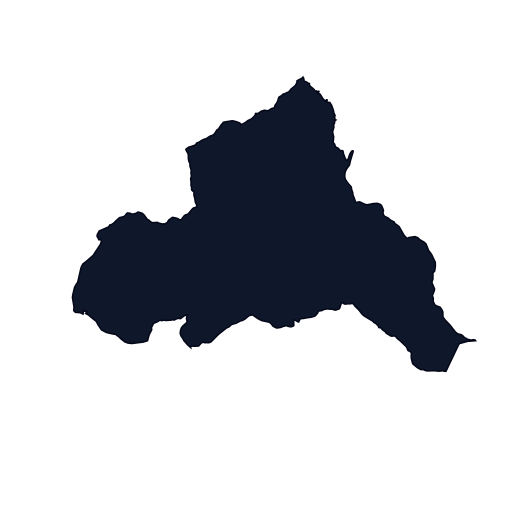 Crucea, Suceava, Romania (Albers equal-area conic projection), rotated 255°
{"feature_id": "2599482B26310091603045", "entity_name": "Crucea", "entity_type": "district", "adm_level": 2, "iso_a3": "ROU", "parent_name": "Romania", "parent_adm1": "Suceava", "projection": "albers", "projection_center": [25.599, 47.366], "detail": "fine", "context": "isolated", "style": "filled", "palette": "ink", "viewbox_px": 512, "rotation_deg": 255, "n_neighbors": 0, "source": "geoboundaries", "source_scale": "gbopen_adm2", "svg_char_len": 6114}
<svg xmlns="http://www.w3.org/2000/svg" viewBox="0 0 512 512"><g transform="rotate(255 256 256)"><path d="M416.6,347.6L416.0,346.8L414.7,341.0L412.7,340.2L410.5,338.1L408.1,332.8L406.9,331.5L406.1,330.0L405.8,328.8L405.9,328.0L405.5,327.1L405.3,323.7L405.1,323.3L404.6,323.1L404.4,322.5L403.6,319.4L402.3,318.3L400.7,317.5L398.6,315.8L396.6,313.3L394.5,312.2L394.4,309.1L394.1,308.0L393.2,305.5L393.7,303.8L394.6,302.0L394.7,301.5L394.4,300.3L394.6,299.6L394.6,298.9L393.3,295.1L393.3,294.2L393.8,292.8L393.8,292.4L392.8,292.0L392.1,291.2L391.0,289.8L389.5,286.7L389.0,283.4L387.6,279.9L386.6,275.3L387.6,275.4L388.7,274.7L390.7,272.0L392.1,269.6L392.8,268.1L393.6,260.5L393.6,258.9L392.5,257.7L392.1,256.8L388.4,252.5L387.8,250.7L384.9,247.7L383.9,245.4L383.7,242.5L382.3,238.5L382.2,235.9L381.7,233.3L380.7,230.4L380.6,228.1L379.4,226.7L378.9,225.8L378.6,221.2L378.6,219.2L377.4,216.1L376.9,215.8L376.1,215.9L372.6,216.8L371.4,216.8L366.8,215.7L364.4,215.7L362.6,216.1L359.5,215.4L356.7,215.6L355.7,215.5L355.0,215.4L353.0,214.6L349.9,214.3L347.4,212.8L344.3,212.4L340.7,211.4L339.3,211.6L336.9,211.0L336.3,211.0L333.6,212.7L331.8,212.0L330.1,211.7L327.7,211.8L323.8,211.3L321.0,211.8L319.4,211.8L319.1,211.6L318.5,209.6L318.7,208.5L318.2,207.0L314.1,201.2L314.0,198.7L313.6,197.3L311.7,194.7L310.6,193.5L310.4,192.6L310.8,191.7L312.7,189.7L313.6,188.2L315.0,185.3L314.3,183.7L313.5,181.3L312.4,180.0L311.5,179.2L310.6,176.5L310.5,175.8L311.0,175.4L311.0,174.4L311.5,173.2L313.4,170.0L314.1,169.4L314.9,164.8L316.2,163.2L318.1,162.0L319.8,160.4L324.5,158.6L326.6,157.3L328.6,154.3L329.0,153.3L328.2,150.9L328.4,149.7L328.3,148.3L328.4,147.4L329.9,145.4L330.9,143.0L330.6,142.2L328.6,139.5L328.3,137.9L328.4,134.1L326.3,129.9L324.7,127.2L323.6,124.0L323.9,122.9L322.3,121.1L320.8,111.1L317.8,108.2L316.1,107.5L315.0,107.9L312.3,108.4L312.0,110.1L311.2,110.5L310.5,110.5L307.7,108.9L300.3,100.5L299.0,99.3L294.7,90.5L293.1,86.7L290.8,84.5L289.0,83.4L276.7,76.9L275.4,75.2L272.7,72.6L266.0,69.0L263.4,67.9L253.8,67.0L250.7,65.8L249.6,66.1L249.3,66.3L249.5,66.5L248.3,67.0L246.8,71.2L247.0,71.2L244.6,73.9L248.2,75.3L246.5,76.6L246.4,78.4L245.7,78.6L245.0,78.4L244.8,77.1L244.6,76.6L243.3,77.8L242.8,78.6L241.7,79.3L241.2,79.9L240.5,80.1L234.1,84.8L230.4,85.6L224.6,87.6L221.0,91.5L219.3,94.4L217.3,98.4L216.8,99.8L216.3,100.4L215.4,100.9L213.9,102.3L210.9,104.1L207.0,107.0L205.0,109.8L203.6,113.4L202.0,124.8L202.2,129.3L207.7,132.5L211.7,136.2L213.9,136.5L217.4,139.6L218.0,143.9L218.7,145.9L218.6,147.2L217.9,148.2L217.9,150.1L217.0,152.3L216.0,157.4L216.0,158.8L215.3,160.5L215.9,163.2L215.8,164.9L215.0,166.9L216.7,171.0L216.9,172.6L217.3,173.8L216.9,174.6L214.4,172.9L213.4,172.6L210.8,172.5L210.1,172.2L209.7,171.9L209.2,171.0L207.4,167.3L206.1,165.5L204.2,164.1L201.5,162.9L200.1,162.7L198.1,162.9L195.1,164.0L193.2,164.3L187.9,166.9L184.4,169.2L185.5,169.3L185.5,170.9L184.6,173.7L183.9,177.3L185.9,180.3L186.3,181.5L186.4,182.7L185.4,184.0L185.2,185.7L184.6,187.1L184.4,188.7L184.7,190.4L190.0,199.5L194.1,208.9L194.6,211.8L196.1,214.6L196.2,219.3L197.3,224.2L197.2,226.1L197.8,228.8L199.8,233.0L200.2,234.5L200.0,237.4L195.0,241.6L192.1,244.8L188.5,251.8L186.7,253.0L183.6,254.4L181.1,257.2L180.6,260.6L180.7,262.7L180.9,263.3L180.9,267.0L179.0,270.1L178.5,271.5L178.6,273.7L179.1,274.6L183.1,275.5L184.0,276.1L184.3,276.8L181.6,279.4L181.2,280.1L183.9,282.5L183.4,285.3L183.1,289.5L182.6,292.9L182.6,297.0L183.2,298.3L184.7,300.5L186.1,301.7L186.6,302.8L186.3,304.4L186.3,306.0L186.7,307.4L186.6,310.0L186.3,311.6L185.4,313.8L185.1,315.2L184.2,316.9L183.4,317.9L183.1,319.4L183.4,322.8L185.0,324.1L187.5,325.6L188.4,327.1L188.5,327.8L186.9,328.7L186.3,330.1L186.1,331.9L185.5,334.1L185.3,336.3L185.0,337.2L183.5,338.1L182.1,338.5L177.2,341.4L172.3,343.4L170.0,345.0L162.6,352.1L161.5,352.5L160.5,353.4L160.2,354.0L157.0,355.9L155.2,356.1L154.8,356.4L154.8,357.4L154.6,357.8L151.9,359.1L149.4,361.2L147.7,361.8L143.7,365.6L142.7,369.5L142.2,370.0L139.7,371.1L136.9,373.2L129.3,377.8L125.3,378.4L123.9,380.0L122.5,381.1L118.5,379.8L116.6,379.5L111.9,379.4L110.7,379.8L106.1,383.2L103.5,385.9L103.3,387.2L102.7,388.5L101.2,390.4L100.4,392.5L99.8,395.4L98.8,399.3L98.0,401.1L97.3,403.3L96.8,406.7L96.0,407.8L95.4,409.6L118.0,428.9L118.7,429.9L118.8,438.3L117.3,446.2L118.2,445.9L119.0,444.1L119.1,442.0L120.8,438.9L123.3,436.3L125.1,435.3L126.9,433.9L128.6,430.7L131.1,428.9L138.8,425.7L145.2,422.2L148.6,420.8L153.6,422.0L156.0,421.7L158.9,420.6L160.8,417.9L162.5,416.1L166.5,415.4L169.0,416.3L172.3,416.2L175.6,418.8L177.9,420.0L185.0,419.0L187.8,420.9L193.9,422.6L195.2,424.7L199.3,426.5L203.5,427.6L212.2,426.0L216.6,424.2L223.6,423.4L225.9,422.0L229.1,418.7L231.9,417.0L233.6,414.6L234.3,408.5L233.9,406.4L237.7,404.4L247.3,401.9L249.6,400.2L251.4,398.6L253.2,398.2L256.0,395.1L258.6,393.5L261.0,390.5L262.5,389.9L265.0,389.8L266.6,390.8L268.4,390.9L271.9,390.4L273.5,389.7L275.4,387.0L276.3,383.1L276.7,376.6L278.0,374.3L281.5,370.2L281.9,366.7L282.5,366.0L284.2,366.1L290.1,365.5L292.4,365.9L295.1,365.6L298.1,365.9L302.3,363.8L307.0,362.1L310.3,362.4L313.9,363.8L316.5,365.9L319.6,369.8L323.9,372.1L331.5,376.8L332.2,377.1L332.5,376.8L332.7,376.0L331.6,374.4L330.2,373.0L326.0,370.2L324.7,368.9L324.7,368.5L325.5,368.0L327.7,367.4L332.3,367.0L335.0,367.2L335.5,366.5L335.8,365.4L336.5,364.3L338.7,363.4L339.3,362.9L340.1,361.7L341.3,361.0L343.7,360.9L345.4,360.1L345.9,360.0L351.0,361.9L354.8,362.0L356.4,362.3L360.4,364.7L361.4,364.7L362.4,365.0L364.3,366.4L366.2,367.1L366.7,368.4L367.2,367.7L367.7,367.6L369.3,368.0L370.5,367.9L371.0,368.7L371.4,368.8L371.8,368.5L372.3,368.6L374.1,368.3L376.4,368.5L381.7,368.1L385.0,367.2L385.4,366.8L385.8,365.1L386.4,364.3L388.1,365.1L388.6,365.0L388.7,364.5L387.5,363.1L388.5,362.5L390.9,361.3L394.6,360.2L395.9,359.7L396.7,358.4L397.2,358.5L398.6,359.4L398.9,359.3L398.8,358.7L398.0,357.4L398.2,357.2L399.7,357.4L399.9,356.8L400.0,355.7L401.9,355.2L406.4,352.1L407.3,351.9L408.8,352.3L409.3,351.2L410.2,350.6L411.5,349.3L412.1,348.1L412.8,347.8L413.9,348.0L415.9,348.0L416.2,347.6L416.6,347.6Z" fill="#0f172a" stroke="#020617" stroke-width="1.5"/></g></svg>